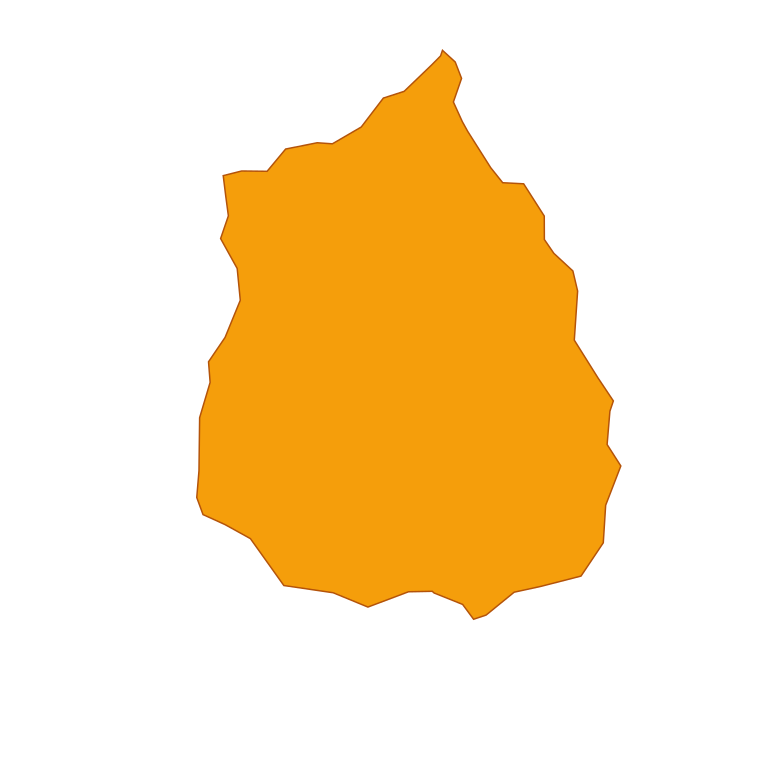 Kato Kivides, Limassol, Cyprus, rotated 241°
{"feature_id": "46923920B9488855208630", "entity_name": "Kato Kivides", "entity_type": "district", "adm_level": 2, "iso_a3": "CYP", "parent_name": "Cyprus", "parent_adm1": "Limassol", "projection": "natural_earth1", "projection_center": [32.873, 34.766], "detail": "fine", "context": "isolated", "style": "filled", "palette": "amber", "viewbox_px": 768, "rotation_deg": 241, "n_neighbors": 0, "source": "geoboundaries", "source_scale": "gbopen_adm2", "svg_char_len": 891}
<svg xmlns="http://www.w3.org/2000/svg" viewBox="0 0 768 768"><g transform="rotate(241 384 384)"><path d="M357.5,162.4L338.1,176.8L313.5,192.2L256.3,198.7L226.1,238.3L196.7,261.8L190.4,304.7L179.3,325.7L176.9,326.5L153.1,345.9L134.8,348.3L132.4,361.3L138.8,396.9L130.8,423.6L120.5,463.2L138.8,498.8L170.5,519.1L197.5,551.4L222.9,549.8L250.7,568.4L258.0,576.4L285.7,574.1L330.1,571.7L371.4,598.4L391.3,604.0L415.9,595.9L432.6,594.3L453.2,605.6L491.4,603.2L502.5,585.4L521.5,582.2L564.4,579.7L575.5,579.7L597.0,581.4L613.7,600.0L631.1,602.4L647.5,596.9L643.5,592.5L640.0,580.5L630.2,543.5L634.4,522.1L619.8,488.7L619.1,455.3L627.4,442.5L637.2,411.9L626.7,384.9L639.3,362.8L644.2,344.4L624.6,336.5L606.5,329.4L590.4,311.6L556.2,311.6L526.9,298.9L501.8,267.6L488.5,241.3L469.7,232.7L443.9,206.4L397.8,180.1L375.5,165.2L357.5,162.4Z" fill="#f59e0b" stroke="#b45309" stroke-width="1.5"/></g></svg>